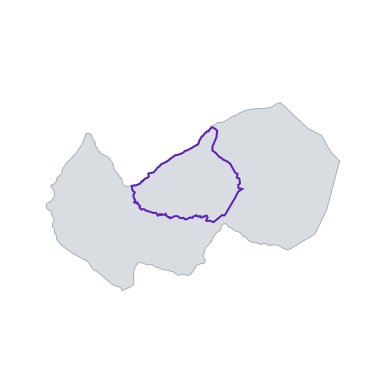 location of Presidente Hayes within Paraguay, rotated 117°
{"feature_id": "PRY-605", "entity_name": "Presidente Hayes", "entity_type": "Department", "adm_level": 1, "iso_a3": "PRY", "parent_name": "Paraguay", "parent_adm1": "", "projection": "mercator", "projection_center": [-58.464, -23.686], "detail": "medium", "context": "in_parent", "style": "outline", "palette": "violet", "viewbox_px": 384, "rotation_deg": 117, "n_neighbors": 0, "source": "natural_earth", "source_scale": "10m", "svg_char_len": 5065}
<svg xmlns="http://www.w3.org/2000/svg" viewBox="0 0 384 384"><g transform="rotate(117 192 192)"><path d="M200.2,90.0L200.8,92.2L201.2,94.0L202.1,95.2L203.1,96.8L204.0,97.7L204.7,99.2L204.5,100.9L204.8,103.1L205.3,105.0L205.8,105.5L207.1,106.0L207.8,107.8L207.3,108.6L207.5,109.7L208.0,110.6L207.6,111.6L207.8,112.3L208.7,113.0L209.6,115.4L209.7,119.6L208.7,121.8L208.0,123.6L207.8,124.7L208.3,126.3L207.4,128.3L206.3,130.6L206.5,132.2L206.7,133.7L206.8,135.3L207.1,136.9L206.7,138.5L206.4,139.9L206.2,141.5L206.6,143.4L205.8,145.1L205.3,146.3L205.1,147.5L206.0,149.5L208.1,150.3L209.8,150.5L211.4,149.5L212.7,149.2L214.9,150.1L217.0,151.7L219.6,151.9L222.0,152.2L223.8,152.7L226.4,152.1L229.2,152.7L232.4,153.6L235.0,154.5L237.7,154.3L239.6,154.1L241.7,153.2L243.7,153.3L245.2,151.7L246.0,150.3L246.8,149.3L249.0,148.5L250.5,149.0L251.7,151.6L253.9,153.1L254.7,154.3L256.3,154.8L259.8,154.9L262.0,154.8L264.4,155.6L266.0,155.6L267.4,157.0L268.8,158.7L269.0,161.9L270.2,164.3L271.8,165.3L272.6,166.8L272.3,168.9L271.6,171.1L271.7,173.4L272.5,175.6L272.5,177.7L273.1,179.9L274.2,181.7L274.6,184.7L274.4,186.9L275.2,188.1L275.5,189.9L275.0,191.3L274.8,193.2L274.9,195.0L275.5,196.4L277.2,198.3L277.6,201.6L277.6,203.8L278.4,206.5L279.8,207.8L282.1,208.2L284.7,208.6L287.9,208.0L290.7,207.2L292.3,206.5L295.4,204.6L298.2,203.4L299.6,202.7L300.9,202.2L303.6,203.4L306.2,205.0L308.2,207.1L311.8,209.5L311.1,210.1L309.7,212.0L309.7,214.3L310.7,217.6L309.8,224.6L307.0,235.2L305.8,241.4L306.3,243.2L305.3,246.3L301.3,253.0L301.2,257.5L300.7,271.1L299.4,280.8L297.2,287.9L295.2,291.7L293.4,292.2L292.1,293.3L291.3,295.1L289.8,296.6L287.7,297.8L286.5,299.2L286.4,300.6L284.3,301.5L280.4,301.9L278.1,303.1L277.4,305.0L276.1,306.5L274.1,307.6L273.2,309.4L273.3,312.0L272.2,314.2L269.9,316.1L267.7,316.1L265.8,314.4L263.1,313.2L259.8,312.7L257.1,313.1L254.8,314.6L252.9,316.9L251.2,320.0L249.3,320.6L247.2,318.4L244.5,317.8L241.3,318.6L238.8,318.3L236.9,316.9L234.0,316.8L230.0,317.9L222.1,316.6L210.1,312.9L199.9,311.6L187.5,312.9L186.4,309.1L187.1,307.0L189.1,305.5L190.4,303.7L190.9,301.8L192.3,300.3L194.6,299.3L195.5,298.2L195.2,297.2L195.7,296.3L197.0,295.5L197.7,294.2L197.9,292.5L198.4,291.6L199.3,291.0L199.4,289.8L198.9,286.1L198.9,283.1L199.6,280.7L200.3,279.3L200.9,278.9L201.4,278.1L201.6,276.7L202.4,275.3L206.3,272.6L207.8,271.2L208.0,269.8L208.6,268.0L210.9,264.1L211.6,262.3L211.7,261.4L212.5,260.4L215.4,258.2L216.9,256.2L217.2,254.3L216.5,252.1L214.9,249.7L209.8,243.7L205.9,240.9L200.8,238.7L197.5,237.9L195.9,238.7L194.3,238.1L192.7,236.0L189.9,234.4L184.1,232.7L170.9,225.6L165.6,222.2L163.8,220.1L158.9,216.4L150.8,211.0L144.6,208.3L140.2,208.5L133.3,206.9L123.8,203.6L118.3,200.4L116.8,197.3L113.3,194.2L107.7,191.2L104.8,189.1L104.6,188.1L102.9,186.9L99.8,185.3L96.4,182.6L92.8,178.8L88.8,172.9L84.6,165.0L80.1,159.6L75.3,156.9L72.9,155.0L72.9,154.2L72.2,153.3L72.8,151.8L74.5,145.8L77.1,137.1L79.7,128.1L82.8,117.5L82.8,110.0L82.8,102.1L87.2,95.7L90.4,91.1L93.1,86.7L95.8,79.3L97.6,74.3L104.6,73.1L116.5,70.5L122.4,69.2L134.8,66.5L147.5,63.8L160.8,63.6L173.6,63.4L183.6,69.6L191.2,74.3L199.6,79.5L200.2,80.6L200.7,85.0L200.2,90.0Z" fill="#d9dde1" stroke="#a8b0b8" stroke-width="1"/><path d="M128.1,204.7L126.9,204.1L125.3,204.1L125.1,199.9L126.3,197.0L129.2,196.3L131.9,195.1L142.2,194.4L145.9,192.5L146.4,188.5L148.5,183.3L148.1,182.0L149.0,179.2L148.8,174.3L149.6,170.6L155.1,162.4L155.4,159.4L158.6,158.8L158.9,158.2L158.4,156.7L158.9,155.6L162.2,153.4L163.0,153.2L164.6,154.1L167.5,152.3L166.5,148.7L169.7,150.4L171.4,151.1L176.3,150.9L197.2,152.2L198.4,152.7L198.6,154.2L199.2,154.8L209.0,159.1L209.6,163.3L211.0,165.6L211.1,166.3L210.9,166.6L207.7,166.6L206.7,167.3L206.4,168.2L207.0,169.1L208.2,169.6L208.7,171.0L209.9,171.2L210.6,172.5L210.7,173.2L209.8,174.0L211.2,175.7L211.3,176.4L210.7,177.6L212.4,178.7L212.9,179.6L215.0,180.0L215.4,182.1L217.7,183.6L219.4,185.4L219.5,186.3L218.9,187.6L219.1,188.4L220.3,189.7L220.6,191.2L220.1,193.0L220.4,194.8L221.9,197.0L223.9,198.2L225.4,199.7L225.2,200.3L224.6,200.7L225.2,201.6L224.9,203.7L223.4,205.6L224.6,206.0L225.1,206.6L225.6,209.0L226.1,208.8L226.6,209.1L226.8,209.6L226.5,210.4L226.6,211.0L228.1,211.1L228.6,211.7L227.0,214.2L227.0,214.9L228.2,216.9L229.0,222.4L229.5,223.7L229.1,226.9L229.6,228.1L230.4,228.7L230.6,229.2L229.7,231.6L229.3,231.9L228.1,231.9L227.6,233.9L226.1,236.0L226.4,236.4L227.1,236.3L227.0,237.7L227.6,238.4L227.5,238.9L225.1,238.8L223.4,241.4L221.2,242.9L218.3,242.8L217.8,244.9L217.0,246.4L215.0,247.4L214.1,248.5L212.7,247.1L211.4,244.7L210.1,243.9L208.4,242.1L205.2,241.7L204.7,240.8L203.5,240.8L201.2,239.8L200.9,239.3L198.3,237.5L197.8,237.5L195.8,239.2L195.1,239.1L191.9,235.0L184.9,233.5L184.5,232.9L183.7,232.5L181.7,232.4L176.2,228.2L175.3,228.0L174.2,227.0L172.9,226.8L167.8,224.1L166.5,223.3L165.5,221.6L163.4,220.0L162.9,219.1L160.8,217.7L158.8,217.1L157.0,215.1L146.8,208.3L145.7,208.2L143.6,208.8L138.1,208.6L136.9,207.7L133.9,207.3L132.4,206.4L131.3,206.3L130.8,205.1L130.0,204.8L128.1,204.7Z" fill="none" stroke="#5b21b6" stroke-width="2"/></g></svg>